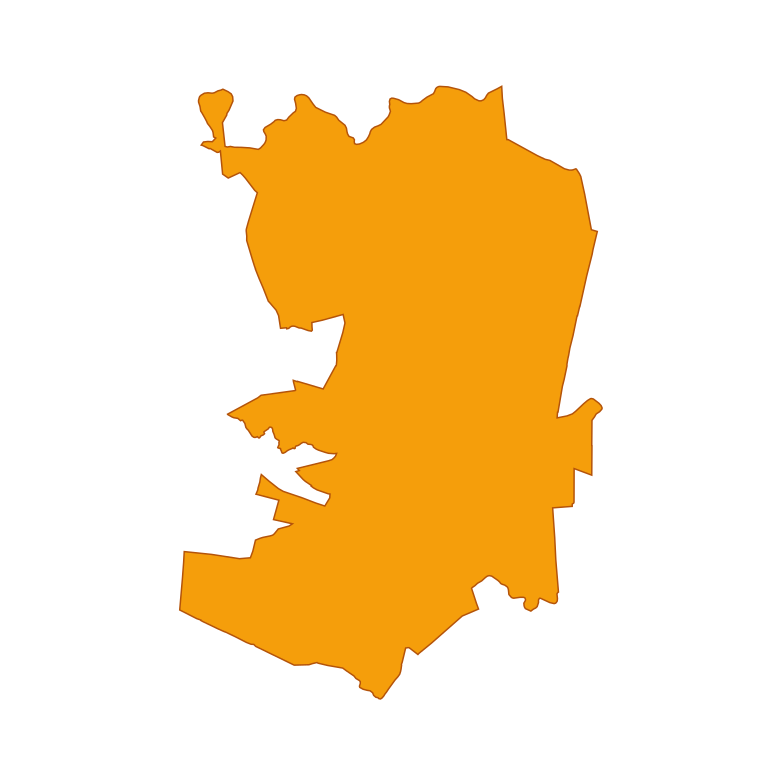 Peris, Ilfov, Romania (Equal Earth projection), rotated 353°
{"feature_id": "2599482B58955255250502", "entity_name": "Peris", "entity_type": "district", "adm_level": 2, "iso_a3": "ROU", "parent_name": "Romania", "parent_adm1": "Ilfov", "projection": "equal_earth", "projection_center": [25.999, 44.686], "detail": "fine", "context": "isolated", "style": "filled", "palette": "amber", "viewbox_px": 768, "rotation_deg": 353, "n_neighbors": 0, "source": "geoboundaries", "source_scale": "gbopen_adm2", "svg_char_len": 6129}
<svg xmlns="http://www.w3.org/2000/svg" viewBox="0 0 768 768"><g transform="rotate(353 384 384)"><path d="M234.3,121.8L231.7,124.6L233.3,125.3L239.1,129.2L240.2,129.1L246.6,133.8L248.2,133.8L250.0,132.8L249.4,156.0L254.5,160.6L266.9,156.6L269.2,159.4L271.5,162.8L279.3,176.1L281.6,178.7L269.3,206.1L266.2,213.6L265.9,215.2L265.8,220.5L265.2,224.8L268.5,244.2L269.9,251.8L270.5,254.0L270.3,254.1L273.0,264.5L275.8,274.1L279.3,287.8L280.1,288.8L285.9,297.5L287.7,303.3L288.1,316.1L294.1,316.3L294.2,317.4L296.2,317.2L297.7,316.1L299.1,315.5L300.7,315.4L302.7,315.9L306.5,318.0L308.6,318.4L315.2,321.7L318.4,322.7L319.4,321.8L319.5,318.6L319.9,314.2L330.3,313.2L351.9,310.0L352.7,318.7L349.4,327.9L341.1,346.8L340.7,346.9L340.6,349.2L340.0,354.8L339.0,359.5L338.4,360.3L338.2,360.2L323.0,381.5L298.4,370.8L298.2,371.1L294.4,369.3L294.4,370.7L295.5,379.3L294.9,379.7L260.6,380.2L256.9,382.4L225.0,394.9L225.1,395.2L229.2,398.3L230.9,399.2L234.7,400.3L237.2,403.0L238.4,402.6L239.3,402.7L241.1,406.2L241.6,410.2L242.5,411.9L243.7,413.4L246.6,419.5L248.1,420.9L249.2,421.3L250.3,421.3L251.8,420.8L253.0,422.2L253.7,422.3L254.2,422.0L255.5,420.5L258.0,419.8L259.4,418.8L258.9,417.1L259.2,416.7L263.7,414.4L264.7,413.2L265.3,412.9L266.3,413.0L267.3,413.6L267.9,415.0L267.9,417.5L268.8,420.8L269.3,424.0L269.8,424.8L271.0,425.9L273.0,427.4L273.0,428.0L272.5,429.5L272.5,431.2L270.8,434.1L271.1,434.6L273.2,435.3L273.5,435.8L273.3,436.6L273.9,437.5L274.0,438.8L274.6,440.2L275.7,440.4L277.6,439.8L280.0,438.4L281.7,437.7L285.4,436.7L285.9,436.4L286.9,437.2L287.5,437.2L288.0,436.9L288.1,436.0L288.4,435.6L289.3,434.7L290.8,434.7L292.8,433.9L294.4,432.9L296.6,432.0L299.5,432.7L301.2,434.5L303.7,435.0L305.0,435.5L305.9,436.4L306.3,438.1L308.7,440.3L311.0,441.7L317.3,444.7L320.4,446.0L325.9,447.1L328.5,447.1L327.1,449.7L325.2,451.4L323.2,452.7L319.8,453.4L287.7,457.2L289.4,459.6L285.8,460.2L292.1,468.9L294.0,471.0L299.6,475.9L299.2,476.4L301.2,478.4L304.6,480.9L315.3,486.2L317.0,486.6L316.3,490.4L310.4,497.9L301.7,493.8L289.5,487.3L270.9,478.3L266.5,475.0L258.2,466.6L251.2,458.9L249.9,462.2L248.8,466.2L246.3,471.9L245.8,473.8L243.5,477.8L265.5,486.5L257.8,505.1L276.1,511.6L272.5,513.4L261.4,515.0L256.8,519.4L255.0,520.5L252.5,520.9L245.1,521.5L242.3,522.0L237.4,523.3L233.4,534.0L230.2,540.2L220.0,539.8L219.7,539.9L192.0,532.1L165.3,526.0L163.3,537.1L160.2,552.6L153.7,583.4L169.6,594.1L173.5,596.0L173.4,596.4L175.5,597.9L189.4,606.8L195.7,610.6L196.0,610.6L204.8,616.2L215.9,623.7L220.3,626.1L223.0,626.6L224.7,628.8L260.6,652.1L275.3,653.5L278.9,652.8L283.6,652.3L284.4,653.0L293.8,656.5L308.4,660.9L312.2,664.5L318.5,670.0L320.3,672.9L323.4,675.3L324.2,676.5L323.9,678.6L322.8,680.9L323.0,682.2L326.0,684.4L330.0,686.0L332.8,686.8L335.1,689.1L335.8,691.8L337.7,693.9L339.7,694.6L340.6,695.7L342.2,696.2L343.8,695.4L345.7,693.7L347.1,691.9L349.0,690.0L351.2,687.4L358.9,679.1L362.0,676.4L364.2,674.0L365.4,671.4L366.2,669.0L367.2,665.1L367.1,664.4L368.1,662.5L373.3,648.7L375.7,648.6L376.8,648.8L384.7,656.6L385.7,655.7L399.5,647.0L433.4,623.8L450.4,618.9L449.0,612.9L446.0,597.5L446.7,596.8L449.6,595.3L452.5,593.2L457.0,591.3L461.1,588.4L463.1,587.3L465.0,587.0L467.5,587.8L473.2,592.9L474.7,594.7L475.5,596.2L476.9,597.2L479.3,598.3L481.6,600.4L482.2,601.8L482.4,603.5L482.3,608.0L482.5,608.5L484.5,611.4L485.9,612.2L486.8,612.4L493.0,612.3L496.3,612.7L497.1,613.0L497.9,613.7L498.2,615.1L497.9,616.2L496.1,618.6L496.0,621.2L496.3,622.7L497.0,624.2L502.1,627.3L504.8,625.7L507.3,624.8L508.9,623.6L510.7,619.8L511.0,617.2L511.7,616.2L512.4,615.6L513.3,615.8L522.0,621.2L526.1,622.7L527.4,622.5L528.3,622.0L529.5,620.5L530.0,618.1L530.1,613.4L531.1,612.1L531.8,611.8L533.1,579.4L534.7,557.6L536.3,527.5L555.9,528.4L556.2,526.1L557.8,525.3L558.2,524.4L562.4,491.1L579.1,499.8L582.9,470.5L582.7,470.4L586.0,445.4L589.0,442.2L590.7,439.9L591.5,439.3L594.6,437.8L597.1,435.6L597.5,434.7L597.5,434.0L596.8,431.8L595.0,429.3L590.0,424.4L588.2,423.7L587.2,423.7L583.9,425.2L579.8,427.9L570.8,434.5L567.4,436.6L561.7,438.0L551.7,438.7L552.8,433.1L553.3,433.1L560.8,408.0L563.4,401.3L567.8,388.4L568.0,386.6L569.7,380.9L570.7,378.2L572.9,370.9L577.5,359.0L583.9,340.0L584.3,340.0L587.7,330.8L587.9,330.9L598.4,301.3L606.4,280.6L607.8,276.1L614.3,258.6L608.7,256.2L608.6,255.8L606.3,220.0L604.6,202.0L603.6,199.1L601.3,194.4L600.7,193.8L597.4,194.5L595.9,194.5L593.8,194.2L589.4,192.4L575.9,182.3L571.3,180.6L564.0,176.0L537.1,156.6L535.7,156.4L536.2,130.4L536.3,114.9L537.1,102.9L532.3,104.8L523.1,108.0L521.1,110.0L519.6,112.2L517.6,114.0L514.9,114.8L512.7,114.5L508.7,112.0L506.4,109.4L500.8,104.4L494.7,101.0L483.8,96.9L475.6,95.4L474.1,95.5L472.4,96.2L471.3,97.2L469.8,100.0L468.4,101.9L461.6,104.5L456.8,107.2L454.6,108.7L452.5,109.4L445.2,109.1L441.1,108.4L438.1,107.1L433.2,103.6L428.4,101.6L426.5,101.2L424.8,101.8L423.8,104.1L423.8,107.3L423.2,108.8L423.0,110.7L423.3,112.0L423.6,114.2L421.9,117.5L420.7,119.3L412.8,125.9L409.7,127.0L405.9,127.9L402.7,129.8L401.2,131.9L400.3,134.1L398.6,136.8L396.3,139.6L393.0,141.6L388.9,142.8L385.8,142.8L384.1,141.8L384.0,139.9L384.4,137.9L383.5,136.0L379.5,134.0L378.4,131.6L378.0,129.0L377.9,125.5L376.8,122.4L371.2,116.6L369.5,113.3L367.7,111.3L359.0,107.1L349.9,101.1L347.5,97.1L344.2,90.7L342.3,88.6L340.1,87.3L337.3,86.6L335.1,86.7L332.9,87.1L330.6,88.4L329.9,90.4L330.5,94.8L330.6,99.8L329.3,102.6L327.0,103.8L322.1,107.5L319.5,110.2L316.8,110.5L313.4,109.1L310.7,108.6L308.2,109.0L306.8,110.2L303.2,112.3L297.2,114.9L295.3,117.0L295.5,118.9L296.5,121.1L297.3,123.6L296.7,127.5L295.4,129.9L294.0,131.5L290.2,134.7L287.8,135.8L279.6,133.3L271.0,131.7L264.4,130.8L260.5,129.5L257.4,129.7L255.2,128.8L255.5,104.9L260.7,97.9L261.0,96.4L263.5,93.4L268.6,84.7L268.8,80.4L267.7,77.4L264.8,74.8L260.1,71.8L259.8,71.8L258.0,72.4L254.9,72.8L251.2,74.2L249.8,74.4L248.7,74.4L244.8,73.5L241.1,73.5L237.5,75.1L236.1,76.2L235.6,77.1L234.5,79.8L234.3,81.6L235.2,86.2L235.3,89.7L235.4,90.9L236.2,92.4L238.5,97.9L239.9,101.6L240.6,104.0L242.5,107.1L244.6,111.4L245.0,113.6L245.0,118.0L247.0,119.4L243.1,122.6L238.7,121.8L234.3,121.8Z" fill="#f59e0b" stroke="#b45309" stroke-width="1.5"/></g></svg>